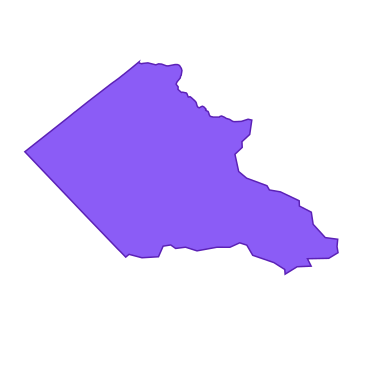 Cherokee, North Carolina, United States of America (Equal Earth projection), rotated 46°
{"feature_id": "52423323B12938899253379", "entity_name": "Cherokee", "entity_type": "district", "adm_level": 2, "iso_a3": "USA", "parent_name": "United States of America", "parent_adm1": "North Carolina", "projection": "equal_earth", "projection_center": [-84.069, 35.14], "detail": "fine", "context": "isolated", "style": "filled", "palette": "violet", "viewbox_px": 384, "rotation_deg": 46, "n_neighbors": 0, "source": "geoboundaries", "source_scale": "gbopen_adm2", "svg_char_len": 1513}
<svg xmlns="http://www.w3.org/2000/svg" viewBox="0 0 384 384"><g transform="rotate(46 192 192)"><path d="M135.6,284.9L181.4,285.0L185.4,284.9L192.8,284.9L193.1,280.6L204.5,273.7L215.3,261.1L210.9,250.4L215.3,244.1L221.2,243.0L227.2,235.0L237.8,229.3L249.0,212.5L258.1,203.1L261.7,193.0L268.3,189.5L279.7,192.3L299.7,182.1L312.2,179.1L315.8,182.1L318.8,168.3L328.1,157.8L320.2,155.3L334.7,139.7L337.1,129.1L332.0,125.6L327.2,120.0L317.4,127.8L299.4,127.3L289.4,120.2L276.7,124.5L272.8,121.0L253.3,128.3L244.3,134.9L239.6,133.7L220.0,143.1L209.7,144.2L194.7,134.9L194.8,124.9L190.5,121.1L190.7,110.5L181.8,99.0L178.6,101.1L175.5,107.4L171.0,112.5L169.6,113.6L165.9,114.5L162.7,116.3L160.8,116.7L157.9,117.9L157.1,119.3L157.0,120.4L152.8,124.7L150.3,126.3L148.1,125.9L147.7,125.5L145.3,124.5L143.1,125.3L142.5,125.3L142.3,124.9L142.2,124.4L139.4,124.3L137.7,124.8L137.4,125.1L136.8,126.9L136.6,128.1L135.9,128.6L135.1,128.8L133.9,128.6L132.4,127.9L130.9,127.0L129.3,126.6L123.7,126.9L122.1,127.2L121.4,128.4L121.0,128.7L117.6,127.3L116.8,127.3L113.7,129.4L113.1,130.4L108.5,130.8L106.7,128.9L103.6,128.6L103.1,128.0L102.4,126.1L101.8,121.2L100.7,119.7L100.6,118.8L97.7,114.9L95.7,113.8L92.3,113.1L90.4,113.8L88.5,115.7L84.7,121.6L83.4,122.8L78.9,125.0L76.6,127.0L75.4,129.7L68.5,134.0L65.2,138.2L64.9,139.0L62.7,140.3L61.9,140.2L61.6,139.6L60.7,151.1L59.3,165.9L58.0,175.0L54.9,203.0L53.2,220.4L53.1,220.6L52.4,229.1L46.9,284.3L135.5,284.9L135.6,284.9Z" fill="#8b5cf6" stroke="#5b21b6" stroke-width="1.5"/></g></svg>